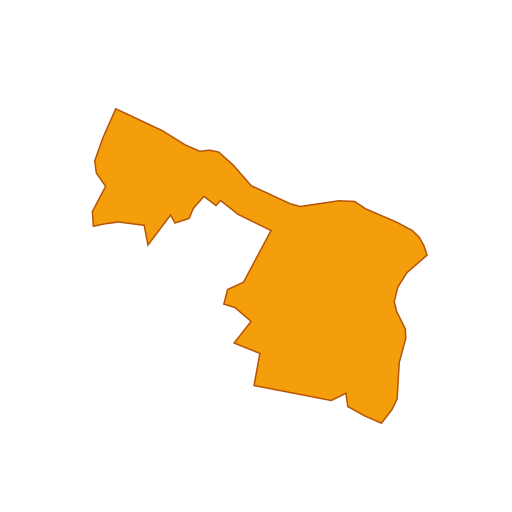 SVG path tracing the border of Salacgrivas, rotated 124°
{"feature_id": "LVA-5774", "entity_name": "Salacgrivas", "entity_type": "Municipality", "adm_level": 1, "iso_a3": "LVA", "parent_name": "Latvia", "parent_adm1": "", "projection": "equal_earth", "projection_center": [24.458, 57.674], "detail": "fine", "context": "isolated", "style": "filled", "palette": "amber", "viewbox_px": 512, "rotation_deg": 124, "n_neighbors": 0, "source": "natural_earth", "source_scale": "10m", "svg_char_len": 882}
<svg xmlns="http://www.w3.org/2000/svg" viewBox="0 0 512 512"><g transform="rotate(124 256 256)"><path d="M307.4,57.4L324.5,58.5L327.8,76.6L329.5,95.7L319.5,104.7L333.7,112.8L364.5,185.2L334.6,198.3L340.4,225.5L313.0,223.5L310.5,244.7L313.9,255.8L299.7,260.8L284.7,251.7L226.5,257.8L231.5,294.1L229.8,316.4L236.5,317.4L235.7,332.5L251.5,334.6L262.3,332.5L274.0,341.6L269.8,349.7L307.3,351.7L293.1,365.9L304.8,389.2L314.8,400.3L322.3,407.4L310.7,416.5L282.3,419.6L276.5,434.8L267.3,442.9L244.0,448.9L212.4,454.6L204.5,404.0L203.5,377.0L200.6,361.0L194.3,353.8L190.7,345.1L193.3,326.0L200.4,299.2L193.5,256.6L190.2,247.0L164.0,218.3L155.6,204.7L155.6,191.6L149.2,157.6L147.5,140.4L149.2,131.2L153.6,122.5L159.6,114.7L185.6,121.6L202.6,121.0L216.5,115.9L223.2,108.6L233.0,91.4L240.5,85.8L264.2,77.7L295.5,59.1L307.4,57.4Z" fill="#f59e0b" stroke="#b45309" stroke-width="1.5"/></g></svg>